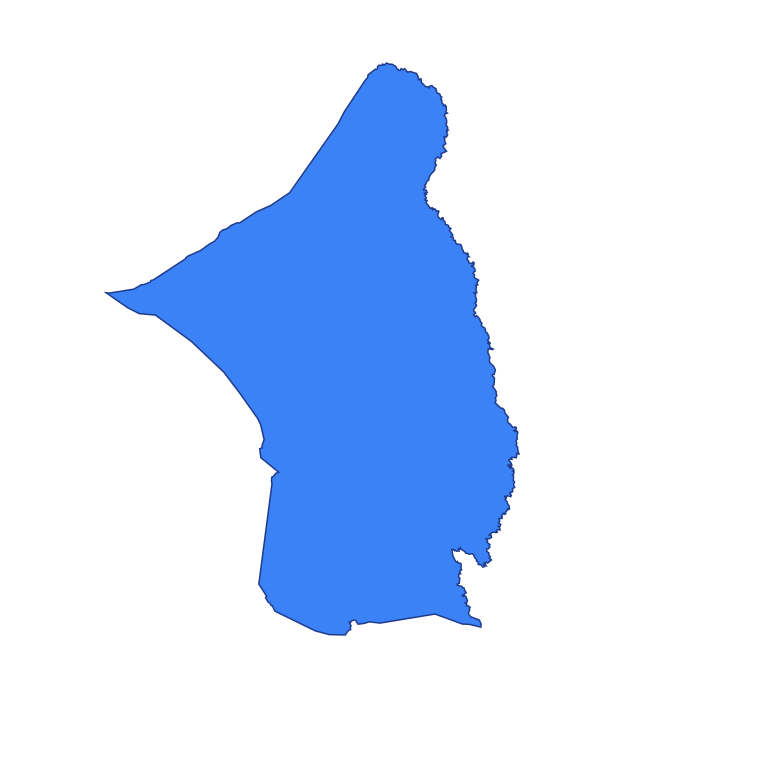 outline of Sam Sung, Khon Kaen, Thailand, rotated 320°
{"feature_id": "78962969B89494926735962", "entity_name": "Sam Sung", "entity_type": "district", "adm_level": 2, "iso_a3": "THA", "parent_name": "Thailand", "parent_adm1": "Khon Kaen", "projection": "equal_earth", "projection_center": [103.084, 16.556], "detail": "fine", "context": "isolated", "style": "filled", "palette": "blue", "viewbox_px": 768, "rotation_deg": 320, "n_neighbors": 0, "source": "geoboundaries", "source_scale": "gbopen_adm2", "svg_char_len": 6171}
<svg xmlns="http://www.w3.org/2000/svg" viewBox="0 0 768 768"><g transform="rotate(320 384 384)"><path d="M452.5,509.2L455.2,507.3L455.6,505.9L455.4,504.3L454.1,505.0L453.5,503.3L456.8,503.2L457.4,502.3L456.9,501.3L454.7,500.0L454.9,496.4L454.2,492.5L456.8,489.8L458.0,489.4L457.9,484.4L459.4,481.2L459.3,478.8L458.0,477.9L457.1,469.7L459.1,468.8L460.5,466.2L463.3,465.2L463.4,463.8L465.0,462.2L465.6,458.1L465.4,455.9L467.8,455.3L472.1,450.9L472.6,449.7L472.1,448.1L472.5,446.9L473.5,446.5L474.4,447.6L478.3,444.9L479.4,440.8L478.8,435.9L480.0,433.3L482.2,431.8L483.8,426.6L486.5,424.0L489.4,427.5L490.1,427.5L488.7,424.2L490.0,421.8L489.7,419.4L490.4,419.2L491.1,421.0L491.6,421.0L491.4,417.1L493.6,416.7L495.0,414.7L495.7,411.7L495.6,409.0L497.2,406.1L495.9,402.1L498.1,400.3L498.0,398.1L499.0,396.1L499.1,391.9L498.8,391.2L497.1,391.2L497.2,388.6L499.6,388.7L500.0,387.8L499.5,385.9L500.5,384.7L505.5,383.3L505.8,380.5L507.2,380.6L509.0,379.0L510.4,375.8L511.8,374.1L511.7,372.0L513.7,373.8L515.2,370.7L516.8,369.6L517.6,367.3L519.5,368.4L520.0,366.3L523.3,365.3L521.6,360.9L521.9,359.8L523.5,358.6L523.3,356.8L524.9,355.9L526.3,356.2L527.6,354.2L527.8,352.2L526.6,350.1L527.7,349.7L529.0,350.7L530.9,349.2L530.6,347.8L529.2,348.2L527.8,347.3L527.0,345.2L528.0,344.0L527.6,341.8L529.9,340.3L530.9,341.2L531.1,339.2L532.2,338.2L531.9,337.3L530.6,337.5L530.5,335.9L529.5,334.4L530.5,332.6L530.6,330.8L532.1,328.3L532.4,326.3L529.6,323.6L529.8,321.5L530.9,320.0L529.7,318.6L531.2,316.0L530.0,314.4L532.5,314.0L532.8,308.5L535.2,307.8L534.3,305.5L535.3,304.1L533.7,300.9L535.0,298.9L534.9,296.5L536.0,294.5L535.5,294.0L533.2,294.6L532.9,290.5L534.3,288.4L536.8,287.3L537.0,286.3L535.0,285.3L535.6,284.2L535.4,282.4L533.2,281.8L533.3,281.1L534.4,280.9L534.3,280.0L532.1,278.9L532.7,276.9L532.7,272.2L535.0,271.2L533.7,269.1L536.1,268.6L536.8,265.4L538.4,265.9L537.8,264.0L540.3,265.0L540.9,262.1L539.2,261.6L539.0,260.8L540.3,259.9L542.4,260.1L542.9,257.7L543.9,258.0L547.5,256.2L549.2,256.6L551.4,254.7L554.5,253.5L560.3,252.8L561.8,250.9L564.9,249.9L564.9,247.5L567.0,246.5L567.9,244.7L570.9,244.6L571.9,247.2L574.7,246.4L575.6,244.2L581.5,245.9L581.8,240.2L582.7,239.4L585.7,239.7L586.9,236.3L588.1,235.4L588.7,233.2L589.7,233.6L590.2,234.8L592.0,234.5L592.9,234.0L592.9,232.5L594.5,231.6L594.8,230.0L596.4,230.8L596.4,229.4L597.5,228.8L598.4,224.7L599.5,224.5L601.4,222.4L602.6,219.4L602.6,217.1L604.5,216.5L606.7,217.2L606.1,215.3L607.7,214.5L610.1,211.4L610.1,209.6L608.8,209.7L608.5,208.9L609.2,208.7L609.2,206.0L609.9,204.4L610.7,203.9L610.5,202.3L612.7,201.4L612.0,200.2L612.9,198.8L613.0,197.2L611.7,195.3L613.6,191.0L612.4,188.0L612.6,186.2L610.5,185.2L608.7,186.0L608.7,184.5L607.0,183.1L606.5,176.8L608.5,174.3L608.0,173.4L606.4,173.7L606.0,172.8L607.7,170.6L608.4,166.9L604.9,161.4L602.6,160.4L602.4,155.6L600.5,155.4L599.9,153.4L598.2,154.2L597.1,153.4L597.2,152.3L596.4,151.3L597.2,148.4L595.7,144.1L594.0,142.9L592.1,139.7L589.3,139.8L588.5,138.0L587.5,138.8L585.1,136.6L582.9,136.8L582.1,137.9L580.6,138.3L579.7,137.3L570.6,136.9L568.4,138.7L563.5,139.6L528.4,150.0L516.3,155.1L434.6,176.8L412.0,174.4L396.7,170.0L376.8,167.8L375.1,166.1L368.7,164.2L363.6,164.1L359.2,162.3L355.8,162.3L351.3,164.9L346.0,165.7L340.4,164.6L329.2,163.8L316.0,160.0L313.3,159.9L312.4,160.5L274.3,156.0L272.0,154.9L270.2,155.6L264.0,153.5L262.1,152.0L253.3,150.5L232.2,137.9L229.8,135.5L236.6,160.7L241.7,172.7L253.2,184.3L263.8,227.5L268.9,271.9L267.6,298.7L265.1,328.9L263.4,335.8L256.4,349.6L251.1,352.6L249.6,354.5L247.2,353.7L242.3,361.2L246.6,384.0L243.7,382.8L240.2,383.7L238.2,383.2L235.2,386.3L234.4,388.1L159.5,456.8L157.7,471.0L155.9,471.5L155.0,476.8L155.7,478.3L155.1,481.3L155.9,482.2L154.4,487.9L172.8,529.2L181.1,540.9L193.1,551.4L197.4,550.0L200.6,550.7L201.2,549.4L203.3,548.0L204.4,544.1L205.4,545.1L206.6,544.7L209.4,545.5L210.3,546.7L209.7,551.3L214.7,554.5L219.9,556.8L227.3,564.6L275.2,593.0L289.7,618.2L294.9,623.0L301.9,632.5L304.1,630.3L305.3,626.2L300.8,618.0L301.1,613.9L304.1,612.4L304.8,611.1L306.3,610.7L306.3,608.6L304.5,607.1L305.7,606.1L305.4,604.0L306.6,604.9L307.5,603.9L308.5,603.9L310.1,599.7L309.9,598.4L308.2,597.6L307.9,596.7L308.8,596.1L309.8,597.0L311.7,596.4L312.8,596.8L313.4,593.4L314.2,591.8L313.5,590.7L313.5,589.1L310.8,585.2L311.6,584.3L313.5,585.1L317.3,581.4L317.0,580.1L318.3,578.5L319.6,577.5L320.7,578.6L321.7,576.0L324.0,576.3L324.4,574.8L327.3,571.6L327.3,570.4L325.7,568.6L326.1,567.3L325.2,567.6L324.8,566.2L326.2,560.1L329.6,554.4L330.6,554.7L330.9,557.2L331.9,557.2L332.1,558.6L334.2,560.2L335.2,558.1L336.0,559.4L337.4,558.5L337.0,560.4L338.2,564.4L337.8,566.1L338.8,566.9L339.6,569.0L341.7,570.2L343.1,572.3L341.9,574.7L342.0,578.2L341.1,578.9L341.5,581.4L340.2,582.8L342.1,584.9L342.0,587.7L343.8,588.6L344.4,586.7L345.5,588.6L345.8,585.5L346.8,586.5L347.7,586.2L348.4,587.8L353.0,587.9L353.4,587.4L352.7,584.8L354.4,584.6L354.5,582.0L355.7,581.1L355.2,578.0L357.0,576.6L358.2,577.5L359.2,576.7L360.2,577.0L360.8,575.4L361.9,575.2L361.2,571.2L362.7,570.6L362.8,568.1L364.9,570.0L367.7,570.7L368.8,568.9L367.5,567.3L371.4,567.3L372.9,568.0L374.3,569.9L375.7,570.3L375.5,568.8L376.0,568.5L378.3,569.1L378.9,570.4L380.1,568.8L380.1,566.5L381.4,567.5L383.1,566.6L382.5,563.9L384.4,563.5L385.6,561.0L387.9,562.8L388.5,562.5L388.5,561.3L389.4,561.3L390.6,559.8L392.3,559.8L392.2,561.1L393.9,561.7L394.1,560.5L397.4,559.8L398.3,559.0L398.9,560.4L399.7,560.5L401.7,557.3L401.4,556.1L402.6,553.3L402.5,550.4L404.0,550.2L403.8,548.7L404.2,547.7L405.0,548.1L405.2,549.3L406.1,548.8L407.2,549.5L408.7,551.8L409.9,551.3L410.2,548.9L410.9,548.0L411.6,548.9L413.4,549.2L415.2,546.8L417.7,547.2L418.3,544.6L421.2,542.7L420.9,541.2L424.1,537.8L423.8,536.2L426.0,536.0L427.1,534.9L426.7,533.3L427.9,533.7L428.6,532.2L428.0,530.4L428.6,528.8L427.7,528.5L427.4,529.8L426.4,529.6L427.4,528.1L426.5,527.4L426.7,525.8L427.6,526.7L428.8,526.7L429.2,528.2L429.7,528.4L430.6,526.1L430.6,522.5L431.8,522.3L433.6,523.9L434.0,522.2L435.0,522.5L437.9,525.5L440.0,523.8L440.7,522.4L442.4,524.4L443.9,520.7L445.8,518.2L445.8,515.9L447.5,514.9L448.8,512.1L450.8,511.8L452.5,509.2Z" fill="#3b82f6" stroke="#1e3a8a" stroke-width="1.5"/></g></svg>